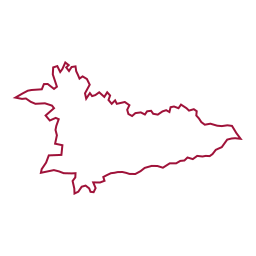 Pinhal de São Bento, Paraná, Brazil (Robinson projection)
{"feature_id": "56859067B18957785190727", "entity_name": "Pinhal de São Bento", "entity_type": "district", "adm_level": 2, "iso_a3": "BRA", "parent_name": "Brazil", "parent_adm1": "Paraná", "projection": "robinson", "projection_center": [-53.481, -26.012], "detail": "fine", "context": "isolated", "style": "outline", "palette": "rose", "viewbox_px": 256, "rotation_deg": 0, "n_neighbors": 0, "source": "geoboundaries", "source_scale": "gbopen_adm2", "svg_char_len": 1758}
<svg xmlns="http://www.w3.org/2000/svg" viewBox="0 0 256 256"><path d="M52.8,74.4L56.9,86.7L54.0,88.9L47.7,84.0L43.9,84.1L41.8,89.3L31.5,90.0L27.8,90.7L22.7,93.4L15.4,97.6L22.0,98.9L25.9,98.5L30.7,101.8L35.4,103.8L44.9,103.3L52.0,105.6L54.0,108.2L45.6,115.5L49.8,120.5L55.7,117.9L58.7,119.2L56.3,125.9L55.5,129.9L56.9,135.3L55.1,143.7L62.4,145.2L61.4,154.9L48.8,155.4L46.1,162.6L41.7,169.1L40.9,172.8L53.9,170.1L59.0,171.4L63.7,173.2L71.8,173.4L75.5,173.2L75.3,177.4L72.6,181.0L74.3,188.6L74.5,193.5L78.3,191.7L81.7,186.7L85.6,185.6L89.2,188.4L90.5,191.8L93.6,192.2L95.6,188.1L93.2,182.4L100.0,182.5L104.5,180.8L103.3,177.0L106.7,175.2L110.9,173.2L114.4,172.8L117.6,172.1L122.4,172.0L126.3,172.9L129.4,173.9L135.3,174.0L140.5,171.2L144.7,167.9L151.7,165.9L157.4,166.0L162.9,167.7L169.8,163.3L176.2,163.3L180.3,160.9L184.4,160.5L187.5,157.5L192.8,159.1L197.2,155.9L202.5,156.5L205.7,155.9L209.7,156.1L212.5,154.1L215.8,149.8L221.8,147.1L227.2,139.6L231.6,138.5L235.1,138.2L240.6,138.8L236.3,133.0L232.0,125.9L227.4,125.3L221.8,126.1L217.2,125.7L210.4,123.7L204.8,124.7L201.3,122.1L198.9,118.4L196.3,115.5L196.7,111.2L193.8,109.2L189.0,110.6L186.5,108.2L181.0,104.6L178.5,108.2L174.0,106.5L170.6,107.2L169.4,112.0L166.2,110.2L162.5,111.4L157.8,114.6L153.2,113.8L151.1,110.8L147.1,111.3L144.9,114.5L140.8,112.4L135.4,113.1L132.1,116.0L128.4,114.0L127.2,109.8L129.4,105.2L124.8,102.0L120.0,103.1L116.8,103.8L115.1,100.4L111.7,103.8L108.5,100.0L110.1,95.5L107.2,92.3L104.3,96.9L99.2,92.3L95.3,95.1L92.1,96.1L89.9,93.1L86.2,98.7L85.0,93.3L89.7,84.7L86.9,79.0L82.6,76.4L79.5,78.6L77.9,74.8L76.2,71.2L75.5,66.4L71.6,67.0L69.0,71.0L66.2,67.4L68.7,65.1L65.3,62.5L62.4,69.0L60.2,72.0L57.3,66.1L53.2,67.4L52.8,74.4Z" fill="none" stroke="#9f1239" stroke-width="2"/></svg>